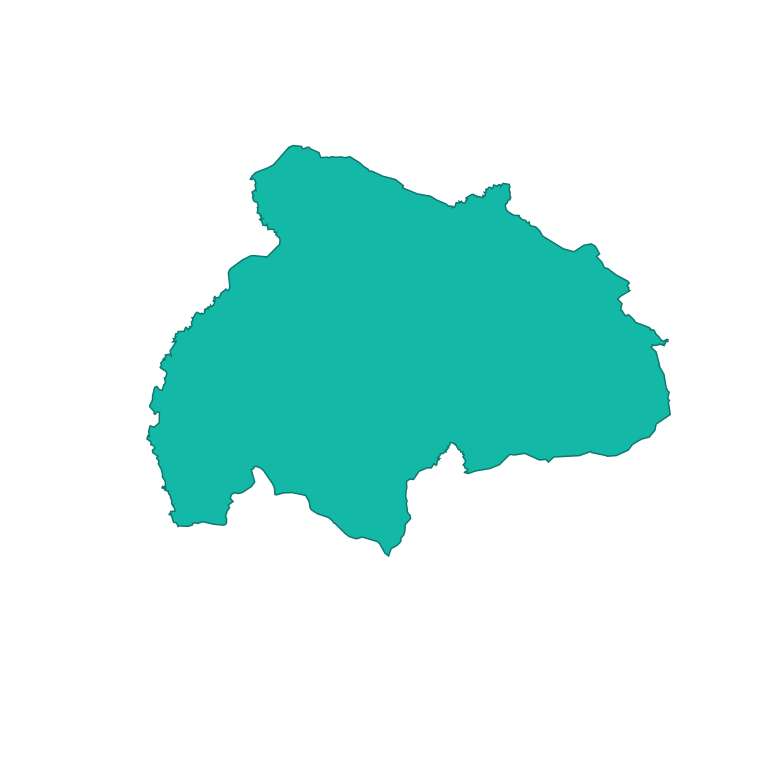 the district of Nong Saeng, Udon Thani, Thailand, rotated 311°
{"feature_id": "78962969B88250797727132", "entity_name": "Nong Saeng", "entity_type": "district", "adm_level": 2, "iso_a3": "THA", "parent_name": "Thailand", "parent_adm1": "Udon Thani", "projection": "robinson", "projection_center": [102.753, 17.139], "detail": "fine", "context": "isolated", "style": "filled", "palette": "teal", "viewbox_px": 768, "rotation_deg": 311, "n_neighbors": 0, "source": "geoboundaries", "source_scale": "gbopen_adm2", "svg_char_len": 6171}
<svg xmlns="http://www.w3.org/2000/svg" viewBox="0 0 768 768"><g transform="rotate(311 384 384)"><path d="M276.0,500.0L278.9,497.9L283.2,497.9L287.2,495.9L291.9,492.2L299.7,492.4L302.0,490.1L302.1,487.5L303.4,484.4L304.2,484.4L308.4,479.3L310.8,478.2L312.9,474.5L318.7,470.1L320.3,469.6L325.2,464.9L329.3,465.9L331.3,468.9L341.1,467.7L349.1,471.6L351.7,474.7L356.6,474.0L356.7,476.3L357.4,476.8L361.3,474.4L362.7,475.2L363.3,475.1L363.1,473.9L364.4,474.8L364.1,472.8L366.6,473.2L368.0,472.5L370.7,474.3L373.1,474.4L373.4,475.3L374.3,474.0L374.7,474.6L378.3,474.5L378.2,473.2L380.6,473.9L383.3,472.2L384.9,475.2L384.7,477.0L385.5,477.3L383.3,483.4L384.1,484.3L383.1,487.0L384.3,488.2L382.6,489.7L383.2,490.5L382.8,491.3L380.9,491.3L379.7,495.8L377.6,496.9L374.9,496.8L375.0,498.2L373.7,500.7L374.7,503.2L372.3,503.9L371.4,502.8L370.1,502.9L371.5,506.1L378.9,510.5L389.6,519.3L398.7,524.0L413.4,525.1L415.9,528.9L424.0,535.7L428.7,551.2L433.4,555.7L432.9,559.2L440.4,560.1L458.1,578.4L468.7,584.3L468.5,585.8L475.7,598.5L475.9,599.8L482.4,606.3L494.4,611.7L501.6,611.2L511.4,614.5L518.0,619.0L526.8,618.8L532.2,615.7L548.8,620.0L557.0,610.4L558.8,610.3L559.4,607.4L565.0,604.6L564.7,603.1L566.3,599.4L575.0,588.8L578.2,579.4L579.0,579.6L586.8,568.1L586.9,561.4L589.5,561.5L589.8,560.9L590.7,563.1L594.0,565.7L594.8,565.3L596.7,570.1L597.4,569.1L598.2,569.9L601.2,568.9L602.2,570.3L603.7,569.4L603.4,568.2L599.7,567.0L598.9,563.9L599.9,561.0L600.1,556.4L601.7,553.0L601.3,551.3L599.5,549.4L600.7,548.7L600.4,546.5L595.5,533.3L596.4,530.7L596.8,523.3L593.8,521.3L595.6,515.1L594.9,514.1L600.8,510.9L601.4,504.6L605.6,505.0L615.8,508.3L615.5,506.7L617.2,505.6L617.7,503.0L621.1,502.9L621.5,500.3L618.6,487.8L617.9,477.0L616.3,474.1L618.9,468.4L619.6,460.7L623.6,461.4L626.6,453.0L625.7,448.5L619.9,443.9L608.4,440.6L603.7,430.7L599.7,406.7L601.7,401.1L602.1,395.5L599.4,390.4L601.4,387.2L600.2,387.2L599.7,385.2L600.4,383.7L598.7,380.2L599.0,376.3L599.8,375.4L596.4,371.3L595.4,364.1L595.9,361.7L598.7,357.9L601.1,358.2L604.5,357.1L605.7,358.2L608.0,357.2L609.3,354.9L611.6,353.4L611.6,352.4L613.3,350.6L615.2,349.9L616.8,347.5L613.4,342.2L609.9,342.3L610.8,341.7L609.7,339.8L607.8,339.9L606.1,336.2L603.5,337.5L602.2,337.3L602.4,335.5L601.3,334.1L598.9,334.2L597.7,333.2L596.0,335.4L594.4,333.8L593.4,336.4L591.6,336.6L591.3,335.0L589.7,336.3L589.4,335.2L588.1,335.2L588.6,335.1L587.8,332.6L586.3,331.5L586.7,329.8L585.9,329.4L585.4,328.3L586.0,327.4L584.7,325.9L578.3,323.8L577.7,325.0L578.3,325.7L577.3,326.1L576.6,325.3L574.9,326.2L572.9,325.8L572.2,323.5L572.7,322.6L571.6,322.4L571.1,320.8L570.1,322.2L568.3,319.5L564.1,321.3L562.1,320.1L563.1,319.3L560.4,315.4L560.6,313.0L557.3,302.7L556.2,295.9L549.4,284.6L544.2,269.3L546.4,268.4L545.8,258.4L539.9,246.5L536.8,235.6L535.0,232.9L535.7,231.2L534.8,226.1L535.0,220.8L533.2,209.2L529.1,206.1L527.3,202.7L523.3,198.7L521.4,195.5L518.2,193.6L517.8,192.1L513.3,187.8L516.0,183.1L513.2,174.4L513.5,172.2L511.9,170.5L508.8,169.2L508.2,168.0L509.2,165.9L504.4,159.0L500.2,156.9L477.1,156.8L471.2,154.7L459.5,148.5L455.1,148.0L450.9,148.6L451.4,150.1L453.4,150.6L453.0,153.2L451.2,155.9L450.0,155.7L446.0,160.6L445.2,159.0L444.2,159.4L442.4,158.5L440.7,160.7L440.9,161.9L438.9,162.1L436.8,165.4L436.8,167.0L438.0,168.9L436.7,171.2L435.1,173.1L434.1,172.6L432.9,174.4L430.0,176.0L430.7,178.8L429.8,180.3L430.7,180.9L428.5,182.2L429.2,183.8L426.6,182.3L426.8,184.9L424.4,188.4L425.8,190.7L427.8,190.9L424.4,195.3L426.8,197.1L428.4,199.6L426.6,201.8L428.1,203.4L425.7,204.3L426.1,205.7L425.4,206.8L426.0,208.0L424.9,210.7L421.2,213.6L404.0,212.5L402.8,211.9L395.2,201.1L393.2,199.3L385.1,195.9L371.4,192.7L368.9,192.5L365.6,193.8L356.3,203.8L353.6,205.2L351.9,204.7L352.0,202.5L345.1,201.4L343.8,202.3L340.8,202.5L338.9,200.6L339.0,198.9L337.2,199.3L337.5,200.5L336.3,201.7L335.3,201.6L335.3,200.4L334.5,200.7L334.7,202.5L334.0,203.1L330.3,203.4L329.5,202.8L329.7,201.8L329.0,202.5L328.3,201.6L326.6,202.0L327.3,201.4L326.7,200.7L325.3,201.9L325.0,200.7L322.6,199.8L322.6,200.8L321.1,200.8L320.8,201.7L318.1,201.7L317.7,199.8L316.4,199.8L315.6,195.9L313.6,195.5L309.1,196.6L308.1,195.6L307.7,197.0L306.5,197.9L304.3,198.1L301.9,201.0L299.7,199.8L300.0,200.9L299.4,201.2L297.6,200.3L296.5,200.6L297.1,198.2L296.6,197.1L292.6,198.6L288.6,194.2L286.8,195.3L285.4,193.9L283.2,195.0L283.0,196.2L282.2,195.7L281.0,196.5L280.1,195.3L279.6,196.9L277.2,197.0L279.9,199.3L268.8,200.8L265.7,204.7L265.8,202.7L262.5,199.9L261.2,201.5L258.0,201.1L258.5,202.7L257.0,201.7L253.4,201.8L251.9,204.0L249.9,204.0L249.5,205.9L250.3,207.2L249.8,208.4L250.4,209.3L250.0,213.0L245.9,214.9L244.5,214.3L242.4,217.4L240.7,218.5L239.0,218.4L233.6,220.7L232.2,218.2L233.2,214.3L231.0,213.1L223.3,217.1L219.8,219.9L214.2,221.3L213.0,222.4L212.5,228.5L210.7,229.9L211.0,231.1L214.3,231.1L215.1,233.3L207.2,239.8L200.7,238.9L198.9,234.9L193.4,237.7L190.8,241.4L190.0,241.3L190.2,239.8L187.0,241.1L187.5,246.1L185.2,248.0L186.3,250.3L185.9,252.3L184.9,253.3L182.3,252.5L180.5,254.5L181.2,260.8L179.0,260.8L178.1,264.9L175.7,266.0L173.6,271.7L170.4,276.3L168.5,277.6L167.3,281.9L165.8,284.1L163.6,285.8L161.9,285.4L161.4,284.0L159.9,284.6L161.1,286.9L162.6,287.0L161.6,288.2L160.3,287.8L160.3,289.2L161.7,291.2L159.9,293.4L159.4,296.7L158.4,296.9L156.7,300.3L154.4,302.2L153.7,304.4L154.4,304.5L153.3,305.1L153.0,307.2L150.9,309.6L147.8,306.6L145.9,308.4L145.8,307.3L144.6,307.5L145.4,309.7L141.6,315.9L143.0,318.5L141.4,322.2L142.6,322.6L148.0,329.5L151.7,331.8L153.3,331.2L155.5,332.5L156.4,334.8L161.3,337.7L166.7,347.9L172.4,355.7L174.1,356.5L176.2,356.1L179.3,353.2L180.1,351.2L185.3,349.0L189.4,348.6L190.3,345.9L196.3,347.2L196.7,343.2L200.4,341.3L203.7,342.4L206.0,346.2L209.5,348.4L219.8,351.2L225.2,350.7L232.2,340.1L234.4,341.0L236.7,340.4L238.0,341.5L239.6,345.8L239.7,349.7L235.6,365.5L233.7,369.5L229.1,374.1L229.7,375.5L235.9,379.6L241.9,386.0L248.5,397.9L246.2,404.5L241.9,409.8L241.4,412.2L242.5,419.0L246.9,429.9L246.9,434.7L246.1,437.2L246.7,438.1L245.7,452.7L246.0,457.8L249.0,464.7L254.3,468.1L260.7,482.3L260.7,485.4L256.9,495.9L257.2,500.3L264.3,497.4L271.1,499.8L276.0,500.0Z" fill="#14b8a6" stroke="#0f766e" stroke-width="1.5"/></g></svg>